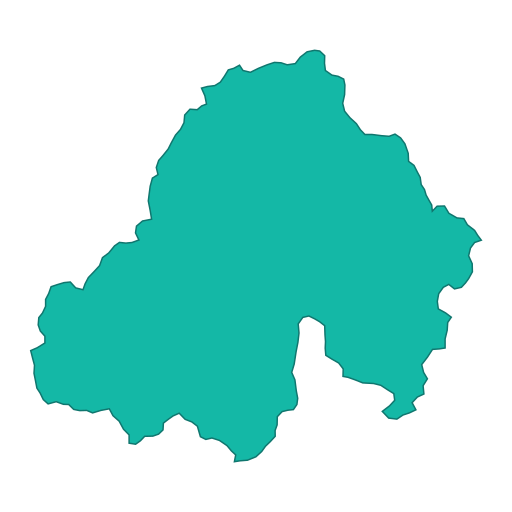 Fervedouro, Minas Gerais, Brazil (Robinson projection)
{"feature_id": "56859067B78498783897828", "entity_name": "Fervedouro", "entity_type": "district", "adm_level": 2, "iso_a3": "BRA", "parent_name": "Brazil", "parent_adm1": "Minas Gerais", "projection": "robinson", "projection_center": [-42.344, -20.674], "detail": "fine", "context": "isolated", "style": "filled", "palette": "teal", "viewbox_px": 512, "rotation_deg": 0, "n_neighbors": 0, "source": "geoboundaries", "source_scale": "gbopen_adm2", "svg_char_len": 2922}
<svg xmlns="http://www.w3.org/2000/svg" viewBox="0 0 512 512"><path d="M48.1,403.9L56.2,401.7L63.4,404.3L68.7,404.5L73.7,409.4L79.7,410.6L86.7,410.4L92.6,412.9L100.9,410.4L109.3,408.8L113.0,415.7L119.2,421.2L123.5,429.2L129.1,434.9L129.1,443.2L135.6,444.2L140.4,440.8L144.7,436.3L152.9,436.1L158.6,434.1L163.0,429.9L163.4,423.1L168.3,419.3L173.1,415.9L179.2,413.2L185.1,419.3L191.8,421.9L197.4,426.2L200.4,436.7L205.8,439.4L211.9,438.0L219.4,440.4L227.0,445.6L231.4,450.9L235.7,454.9L234.4,461.7L240.0,460.8L247.5,460.2L255.9,456.8L261.7,451.5L265.5,446.2L270.3,441.6L275.2,436.3L275.1,430.5L277.1,424.9L277.3,416.7L282.1,411.6L287.9,410.2L293.4,409.6L296.9,404.5L297.7,398.3L296.3,390.9L294.9,379.8L291.7,372.4L294.2,364.0L296.1,351.6L297.9,342.4L299.0,333.0L298.2,323.9L302.8,317.4L308.9,316.0L314.6,318.8L319.6,321.7L324.7,325.7L325.0,334.9L325.5,341.7L325.2,348.2L325.8,355.3L332.2,359.3L338.7,363.0L343.2,368.9L343.0,376.4L348.0,377.3L355.0,379.8L362.8,382.9L368.5,383.2L373.6,383.5L380.8,385.3L387.5,389.7L393.8,393.6L394.7,400.3L389.6,405.8L382.3,411.4L388.7,418.1L396.9,419.1L403.0,415.0L409.4,412.9L415.9,409.8L412.1,402.7L417.4,397.0L423.9,394.0L423.1,385.7L427.4,378.8L423.6,372.4L421.7,364.6L427.4,357.2L432.5,349.4L439.2,348.9L445.1,348.0L445.1,338.9L447.2,330.2L447.7,322.5L451.3,317.2L445.7,313.0L438.3,308.9L437.3,301.4L438.7,293.7L443.3,287.3L448.8,284.4L454.5,288.9L461.4,287.3L465.5,282.9L468.7,278.5L472.4,271.8L472.2,263.7L468.6,255.8L470.5,248.0L474.6,242.5L481.3,240.2L477.7,235.4L474.6,230.4L467.4,224.8L463.8,218.6L456.9,217.9L448.9,213.3L444.5,206.0L437.1,206.2L432.3,211.2L431.7,205.0L429.0,200.3L426.1,195.1L424.5,189.6L421.2,184.6L420.2,177.4L417.3,172.0L414.0,165.4L408.6,161.4L408.2,153.3L404.9,143.8L400.6,137.9L395.0,134.1L389.1,136.3L381.6,135.7L372.1,134.5L364.9,134.5L360.4,129.8L356.4,123.7L349.9,117.7L344.6,111.2L342.7,103.3L344.6,94.6L344.9,85.0L343.7,79.1L338.1,76.3L331.9,75.1L325.4,70.5L324.5,63.3L324.7,55.7L319.7,51.0L314.6,50.3L307.1,51.8L300.3,57.1L295.3,63.6L287.2,64.8L281.1,62.8L274.4,62.4L267.1,64.8L258.5,68.3L250.4,72.3L243.0,70.5L239.5,65.2L233.8,68.3L228.3,69.9L224.4,76.3L220.3,82.2L214.8,85.6L207.5,86.5L201.5,88.1L204.9,95.8L206.5,104.1L201.7,105.9L197.2,109.7L190.0,109.2L184.7,115.0L184.0,122.7L180.5,129.4L175.5,135.1L171.1,143.2L168.2,149.0L163.0,155.5L158.7,160.4L156.3,167.5L158.0,174.6L152.4,178.1L150.2,186.2L149.1,194.5L148.3,200.9L150.2,210.6L151.6,219.2L142.5,221.0L136.5,226.1L135.5,232.9L138.9,240.0L132.0,242.5L125.8,243.1L119.5,242.4L114.6,245.8L108.7,253.0L102.5,257.6L99.6,265.6L93.9,271.8L88.4,277.5L85.1,283.8L83.0,289.7L75.7,287.9L70.3,282.0L64.1,282.6L57.4,284.6L51.1,286.7L48.7,293.5L45.6,299.4L45.6,306.4L42.5,313.0L38.8,317.6L38.2,324.9L40.3,331.0L44.9,336.2L44.9,343.0L37.1,347.8L30.7,350.6L32.6,358.1L34.5,365.3L34.0,373.3L35.5,380.8L36.9,388.1L40.1,393.0L43.3,399.6L48.1,403.9Z" fill="#14b8a6" stroke="#0f766e" stroke-width="1.5"/></svg>